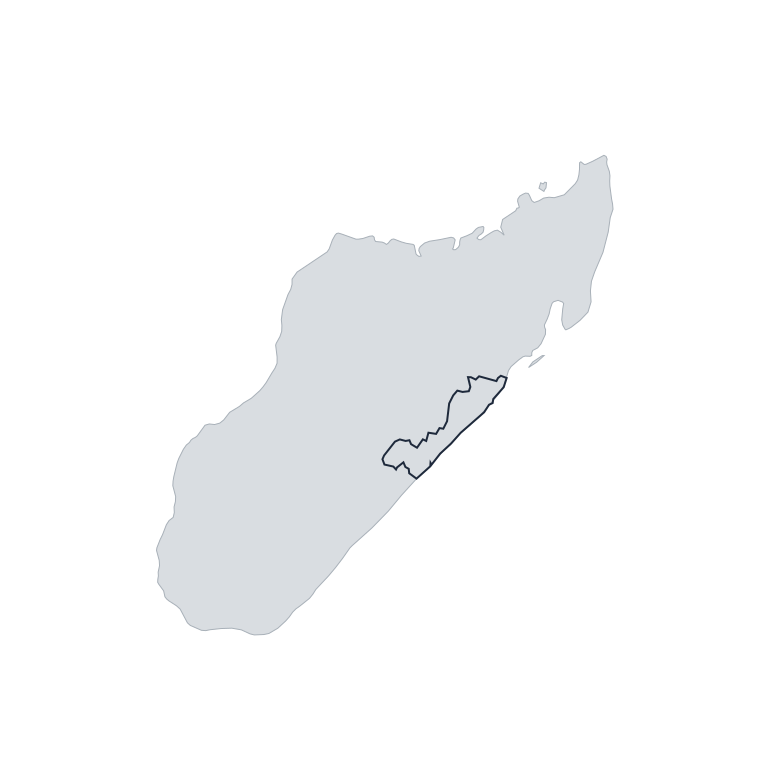 Atsinanana highlighted on a map of Madagascar, rotated 26°
{"feature_id": "MDG-5868", "entity_name": "Atsinanana", "entity_type": "Autonomous Province", "adm_level": 1, "iso_a3": "MDG", "parent_name": "Madagascar", "parent_adm1": "", "projection": "albers", "projection_center": [48.339, -18.983], "detail": "coarse", "context": "in_parent", "style": "outline", "palette": "slate", "viewbox_px": 768, "rotation_deg": 26, "n_neighbors": 0, "source": "natural_earth", "source_scale": "10m", "svg_char_len": 4008}
<svg xmlns="http://www.w3.org/2000/svg" viewBox="0 0 768 768"><g transform="rotate(26 384 384)"><path d="M495.8,97.8L497.8,102.5L500.2,107.0L507.4,117.9L510.5,122.0L513.2,126.5L514.4,135.3L518.9,149.1L523.1,169.7L524.2,190.9L525.4,200.7L528.7,209.8L534.1,219.4L535.8,230.0L532.3,240.8L527.3,251.0L526.0,252.9L523.7,255.6L522.7,255.4L518.8,252.7L515.6,248.4L511.7,238.1L510.2,232.9L508.6,232.1L503.8,232.5L500.4,235.7L499.7,237.7L500.4,243.5L501.7,248.7L502.2,253.9L502.3,260.6L503.5,262.6L505.4,264.3L507.3,268.6L507.5,278.9L506.3,284.1L503.0,288.6L503.1,291.1L504.3,293.6L503.1,295.1L498.7,297.0L496.9,298.7L494.5,303.3L490.6,312.6L490.0,317.3L492.4,331.8L491.6,342.0L486.6,361.6L483.7,370.9L479.7,382.0L473.6,396.6L467.5,415.0L462.4,433.9L458.6,445.3L454.3,456.5L448.5,476.3L443.6,496.4L436.3,518.5L426.3,543.1L425.2,546.3L423.2,558.9L421.0,569.8L418.3,580.7L412.8,598.5L412.2,604.0L411.0,609.3L405.7,620.5L403.4,624.7L401.9,629.1L401.0,634.7L399.5,640.1L395.6,650.1L389.9,658.7L385.9,661.8L377.4,666.4L373.1,667.3L363.5,667.5L354.2,670.2L344.6,675.3L335.4,681.1L331.9,683.8L327.9,685.4L315.7,685.9L312.0,684.8L299.5,675.7L294.7,674.3L285.6,673.2L282.9,672.5L280.4,671.3L276.6,666.5L269.2,662.6L267.5,661.4L266.3,658.6L265.4,655.5L263.5,652.1L261.9,645.7L259.4,641.2L252.5,633.3L251.7,630.8L251.0,622.2L251.0,616.5L250.1,605.9L250.7,600.9L253.0,596.3L251.9,591.5L249.2,586.5L248.1,581.2L246.1,576.5L238.8,568.0L237.0,563.8L235.7,559.4L232.7,545.7L232.2,540.9L232.3,530.7L233.1,525.5L234.8,521.8L235.1,519.1L236.2,516.7L237.8,514.8L238.9,512.5L241.2,499.5L244.5,496.5L249.5,494.7L253.5,491.2L255.7,486.6L257.7,477.1L263.9,467.5L266.0,462.6L271.0,455.0L275.3,444.4L276.6,439.4L277.5,434.3L278.4,423.2L279.1,417.7L278.8,412.2L276.1,406.6L269.6,396.6L269.3,394.7L269.7,387.1L269.0,381.6L266.6,376.2L263.5,371.1L260.3,361.6L258.5,345.7L258.7,339.9L257.7,334.8L255.4,330.0L256.8,321.5L275.0,290.2L275.5,286.6L274.5,277.2L274.8,271.7L275.4,269.6L276.8,268.4L280.1,267.8L295.4,266.1L297.4,265.1L301.2,262.5L306.4,257.4L308.8,255.9L310.8,256.4L312.2,258.5L314.0,259.6L320.1,257.3L322.5,257.1L325.0,257.5L326.1,255.4L326.7,252.6L327.6,250.6L329.2,249.4L337.2,248.7L342.3,247.8L348.9,245.8L350.4,246.1L355.8,253.1L357.4,253.7L359.5,254.0L361.3,252.7L356.9,249.0L356.2,247.0L356.4,244.6L358.7,239.5L362.5,235.6L371.1,229.6L380.0,222.7L382.6,222.2L384.8,223.3L386.6,231.3L386.4,232.6L387.8,232.8L389.5,231.8L390.9,228.5L391.0,225.8L389.8,223.3L389.2,221.1L389.1,219.1L393.6,214.3L397.2,209.8L398.8,204.4L400.2,201.9L404.0,199.0L405.1,199.5L406.0,201.7L406.5,204.2L405.6,206.6L404.2,208.9L403.6,212.1L405.8,212.7L407.8,211.9L410.7,206.2L414.0,200.8L416.0,198.0L418.5,196.0L422.7,196.4L426.8,197.6L420.2,191.9L418.5,184.1L426.4,170.6L426.4,167.7L427.6,166.9L428.1,165.8L424.0,161.2L423.2,159.0L423.7,155.5L425.7,152.5L427.5,150.4L430.0,149.5L432.0,150.7L436.4,154.4L439.4,155.0L443.0,151.4L446.0,146.9L450.4,143.8L455.4,141.9L463.1,134.9L468.1,120.1L468.6,115.8L467.5,110.6L465.7,105.6L462.8,99.4L463.5,98.0L467.7,98.9L469.2,98.0L473.8,92.5L481.4,82.1L483.8,82.1L486.0,84.1L486.8,86.9L488.2,89.1L493.3,94.1L495.8,97.8ZM443.2,139.2L443.3,140.8L437.5,140.1L436.6,134.5L439.4,134.4L440.0,132.1L441.8,131.8L443.6,136.7L443.2,139.2ZM511.6,297.6L506.7,305.8L508.1,298.9L513.8,289.1L515.4,288.3L511.6,297.6Z" fill="#d9dde1" stroke="#a8b0b8" stroke-width="1"/><path d="M491.6,324.8L493.0,334.4L488.8,349.6L490.0,353.5L487.5,356.6L486.4,365.5L474.3,394.2L470.4,408.2L465.0,421.9L462.1,435.7L460.4,434.5L461.7,437.7L454.7,454.8L445.8,453.2L443.4,449.4L439.6,449.2L435.8,445.9L432.3,453.2L432.3,455.6L428.6,454.1L419.7,456.2L415.6,452.3L415.4,448.2L419.1,431.0L422.5,426.9L428.4,425.7L431.5,423.4L434.7,426.2L441.6,426.8L443.2,416.7L446.9,416.7L445.3,408.3L452.7,406.0L453.2,399.3L456.9,398.2L457.0,389.8L451.1,372.9L451.2,363.9L452.8,357.8L458.1,356.7L463.4,353.3L462.9,348.8L456.5,341.0L459.2,339.8L464.5,339.8L466.1,335.4L483.8,332.1L483.8,328.7L485.4,325.4L491.6,324.8Z" fill="none" stroke="#1e293b" stroke-width="2"/></g></svg>